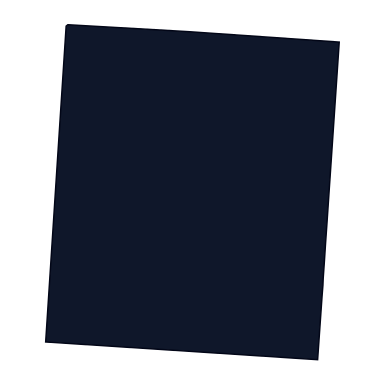 Harper, Kansas, United States of America, rotated 274°
{"feature_id": "52423323B94384145116372", "entity_name": "Harper", "entity_type": "district", "adm_level": 2, "iso_a3": "USA", "parent_name": "United States of America", "parent_adm1": "Kansas", "projection": "robinson", "projection_center": [-98.075, 37.192], "detail": "fine", "context": "isolated", "style": "filled", "palette": "ink", "viewbox_px": 384, "rotation_deg": 274, "n_neighbors": 0, "source": "geoboundaries", "source_scale": "gbopen_adm2", "svg_char_len": 368}
<svg xmlns="http://www.w3.org/2000/svg" viewBox="0 0 384 384"><g transform="rotate(274 192 192)"><path d="M351.8,328.4L351.7,177.5L350.2,56.5L348.7,54.9L32.2,56.5L33.5,329.0L34.0,329.0L97.4,329.0L108.1,329.1L114.6,328.9L132.5,328.9L150.2,328.8L170.9,328.8L209.8,328.7L213.0,328.7L216.5,328.7L351.8,328.4Z" fill="#0f172a" stroke="#020617" stroke-width="1.5"/></g></svg>